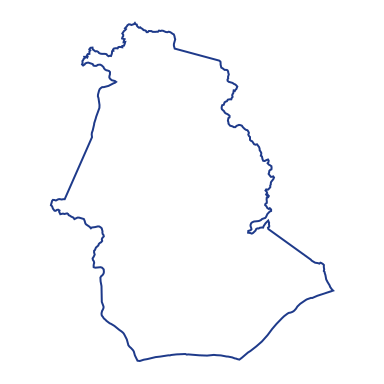 the district of Muaná, Pará, Brazil
{"feature_id": "56859067B31226280820399", "entity_name": "Muaná", "entity_type": "district", "adm_level": 2, "iso_a3": "BRA", "parent_name": "Brazil", "parent_adm1": "Pará", "projection": "mercator", "projection_center": [-49.315, -1.315], "detail": "fine", "context": "isolated", "style": "outline", "palette": "blue", "viewbox_px": 384, "rotation_deg": 0, "n_neighbors": 0, "source": "geoboundaries", "source_scale": "gbopen_adm2", "svg_char_len": 5836}
<svg xmlns="http://www.w3.org/2000/svg" viewBox="0 0 384 384"><path d="M333.1,290.6L331.9,289.4L331.1,288.3L330.2,287.0L329.5,285.2L327.7,282.3L326.2,279.4L325.4,275.0L324.8,273.3L324.6,272.0L323.8,271.0L324.2,269.4L323.8,267.0L323.9,265.0L323.0,264.1L321.5,263.1L320.4,262.7L319.4,263.6L317.8,263.1L315.1,262.7L311.6,260.6L310.9,259.7L268.4,229.1L268.0,227.7L269.2,226.7L269.2,225.5L268.9,224.3L269.1,222.8L268.2,220.6L265.5,223.3L263.6,226.2L263.1,227.6L261.6,227.5L259.7,227.8L258.7,228.5L257.3,228.4L256.2,229.0L255.5,230.6L253.0,233.0L251.8,233.6L250.2,233.0L248.1,232.7L248.3,230.9L250.6,230.2L251.5,229.2L251.1,227.6L250.6,226.3L250.5,225.1L251.1,223.3L252.2,222.3L254.0,221.5L258.2,221.1L259.4,220.8L260.9,220.1L262.1,219.0L265.3,217.9L266.1,216.8L267.4,214.0L269.7,211.6L271.1,211.0L271.1,209.5L269.8,208.2L268.9,209.0L267.4,208.1L266.4,206.3L265.1,205.0L265.5,203.8L266.8,202.9L266.8,201.2L266.6,199.6L266.7,197.9L268.2,197.2L268.8,196.0L268.0,195.1L266.9,195.6L266.1,194.4L267.2,193.1L266.6,191.7L265.5,190.5L266.2,189.4L267.9,189.7L269.1,188.6L270.3,187.1L270.2,185.6L270.8,184.4L270.8,183.0L271.2,181.8L273.3,179.2L274.0,177.5L273.2,176.4L272.0,176.8L270.8,176.8L268.6,173.9L269.1,172.6L269.3,170.9L270.2,169.9L271.4,169.4L271.6,167.9L271.4,166.2L270.1,165.3L268.8,164.6L267.6,163.2L268.4,162.2L268.7,160.7L268.0,159.5L266.4,160.1L264.7,161.0L263.2,160.8L262.6,159.5L261.9,156.4L260.8,155.7L261.2,154.3L261.3,153.1L260.6,151.6L259.7,150.3L259.6,148.7L259.1,147.1L257.0,144.3L255.5,144.7L254.1,144.2L252.2,141.3L251.1,140.9L250.0,139.9L250.0,137.0L248.9,135.9L248.3,134.6L248.9,132.9L248.3,131.5L247.4,130.2L246.1,129.9L244.7,129.0L242.8,127.1L241.9,125.7L240.6,125.2L239.0,124.9L236.5,125.9L235.4,127.1L233.7,127.1L232.6,126.4L230.1,125.7L228.5,123.7L228.4,122.2L227.9,120.8L228.4,118.1L229.5,117.4L229.6,115.9L228.7,115.0L227.4,114.1L225.6,113.3L224.6,112.4L224.2,111.3L223.1,110.4L221.9,109.2L221.6,108.0L221.8,106.5L222.2,105.2L223.7,104.8L224.6,102.3L225.7,101.6L226.9,101.2L227.8,99.7L229.5,99.3L231.3,99.3L231.7,98.0L232.6,96.9L232.2,95.5L232.4,94.4L233.2,93.4L233.7,90.5L234.8,91.0L235.4,89.8L236.3,89.1L237.3,86.6L236.3,85.4L235.3,84.5L233.9,83.9L232.5,82.9L228.7,81.8L227.6,80.8L227.5,79.5L228.2,78.4L228.0,77.0L228.8,74.3L228.3,72.9L228.1,71.4L227.4,70.2L226.3,69.9L224.6,69.9L222.6,68.3L221.3,67.6L220.6,64.6L220.6,62.9L220.4,61.6L219.2,60.6L174.7,48.6L173.9,45.8L173.9,44.0L175.2,39.3L174.7,37.6L174.5,36.3L173.8,34.4L172.6,33.8L171.3,32.8L170.1,32.1L168.7,31.7L167.4,32.2L165.8,32.0L163.1,30.8L161.8,30.6L160.6,31.0L159.0,30.6L157.9,31.8L156.7,31.7L155.2,31.9L152.5,31.8L151.5,31.1L148.8,31.0L147.8,32.1L146.6,32.1L145.9,30.8L144.8,30.3L143.5,30.1L142.5,28.9L141.3,28.3L140.2,27.3L139.1,27.8L137.9,26.9L137.0,25.9L136.8,24.6L135.6,24.2L134.9,23.0L134.0,24.1L131.4,25.0L130.3,24.5L128.9,24.3L127.5,25.2L126.8,26.4L125.0,28.3L126.0,29.1L125.2,30.1L124.0,31.0L122.3,33.5L123.2,34.7L123.2,36.1L122.4,37.3L122.1,38.5L124.6,39.2L123.8,41.0L123.6,42.2L125.2,42.0L124.5,44.4L123.9,45.7L122.3,46.0L122.3,47.3L119.9,46.9L118.4,47.1L117.6,48.4L116.2,48.2L115.0,48.3L113.8,48.6L113.0,49.6L113.4,50.8L112.1,51.2L111.9,53.5L111.0,56.0L109.7,55.8L108.5,56.2L107.2,55.2L106.5,54.2L105.1,53.9L102.2,53.9L100.3,53.6L99.0,53.0L98.3,52.0L96.8,51.2L95.4,51.4L92.8,49.4L92.5,47.6L90.5,47.8L89.3,49.3L90.3,50.4L89.4,51.3L89.4,53.9L87.7,54.1L86.9,55.4L87.7,56.4L87.2,57.6L85.8,56.9L84.3,56.9L84.7,58.2L83.6,59.0L83.1,60.2L82.4,61.1L82.6,63.2L82.0,64.4L83.1,65.5L84.6,64.5L85.4,63.4L86.9,62.8L88.3,62.6L92.7,64.1L93.5,65.6L95.0,65.9L96.5,65.8L97.7,64.9L99.0,64.7L100.3,64.7L101.7,65.4L103.5,67.1L104.0,68.3L104.9,69.4L106.4,70.3L107.6,70.5L109.2,71.1L110.0,72.1L109.9,74.6L109.5,75.7L109.3,77.2L109.8,78.5L111.7,80.2L114.9,81.0L116.1,81.9L114.9,82.8L113.5,83.3L108.5,85.9L103.9,87.1L102.2,87.1L100.9,88.0L99.7,89.1L99.0,90.8L98.0,94.6L97.9,96.3L98.5,98.1L99.5,105.0L99.4,107.9L96.2,116.7L95.7,118.6L94.2,123.3L94.1,124.5L92.7,130.5L91.9,132.7L91.7,134.5L92.0,137.2L64.7,199.2L63.2,199.2L61.7,199.5L59.5,199.1L58.2,199.3L55.9,200.5L54.4,200.0L52.9,199.9L52.1,200.9L50.9,205.2L52.1,206.3L52.9,208.6L54.5,210.7L55.7,210.8L56.9,209.9L58.2,209.7L59.5,210.5L59.1,211.7L60.3,214.2L63.0,213.6L64.3,214.0L67.1,213.4L68.2,214.1L68.7,215.2L70.1,215.8L71.2,216.6L73.4,217.6L74.4,219.1L77.5,217.6L79.0,217.6L83.8,219.0L84.6,220.7L85.4,223.5L86.1,224.4L89.6,226.8L90.9,228.3L91.8,227.5L95.0,227.1L97.9,226.4L99.3,226.5L100.6,227.3L101.7,228.3L102.5,231.3L102.4,232.6L102.7,234.0L103.5,235.0L103.8,236.4L102.2,238.2L101.8,239.3L102.2,240.9L101.2,242.2L99.8,243.0L98.8,244.0L98.3,245.5L95.9,247.6L95.0,249.9L94.1,250.8L94.1,252.6L94.7,254.6L93.6,256.9L92.6,258.4L92.9,259.9L93.8,261.2L94.2,262.9L93.8,264.1L93.6,265.9L93.7,267.2L95.3,267.7L100.6,267.2L102.1,267.7L103.7,269.4L103.9,272.0L103.6,273.4L103.0,274.5L102.2,275.4L101.1,276.3L100.4,277.6L100.6,281.4L101.5,286.1L101.8,301.9L103.2,305.6L103.6,307.0L103.4,308.3L102.8,309.7L102.2,310.7L101.7,312.4L101.5,313.9L101.8,315.5L103.1,317.2L103.8,318.4L105.5,319.8L106.4,320.8L109.7,323.3L111.1,323.9L114.4,325.9L119.3,329.9L121.6,331.5L122.9,332.6L123.7,333.5L124.4,334.7L126.8,339.4L128.4,345.3L129.6,346.8L131.1,348.1L133.0,350.2L133.8,351.5L134.9,355.4L137.5,360.7L139.8,361.0L143.8,359.7L147.3,359.1L155.6,357.1L160.1,356.6L168.5,355.3L169.9,355.4L171.1,355.0L176.4,354.4L185.3,354.0L186.8,354.6L188.2,354.4L199.3,355.3L207.1,355.6L213.9,354.9L216.7,355.2L220.8,355.4L226.5,356.5L228.2,356.6L232.2,357.4L234.8,358.4L236.1,358.6L237.3,359.1L239.4,359.6L241.8,357.8L248.0,352.5L250.4,351.0L256.3,346.4L261.9,341.5L267.6,335.1L272.3,328.8L276.5,323.9L282.1,318.1L284.1,316.2L287.4,313.7L288.7,312.9L290.5,312.6L292.6,311.8L294.2,310.7L296.0,308.7L297.4,306.5L300.2,303.8L305.9,299.9L307.0,299.3L311.0,297.9L312.2,298.0L317.3,295.8L333.1,290.6Z" fill="none" stroke="#1e3a8a" stroke-width="2"/></svg>